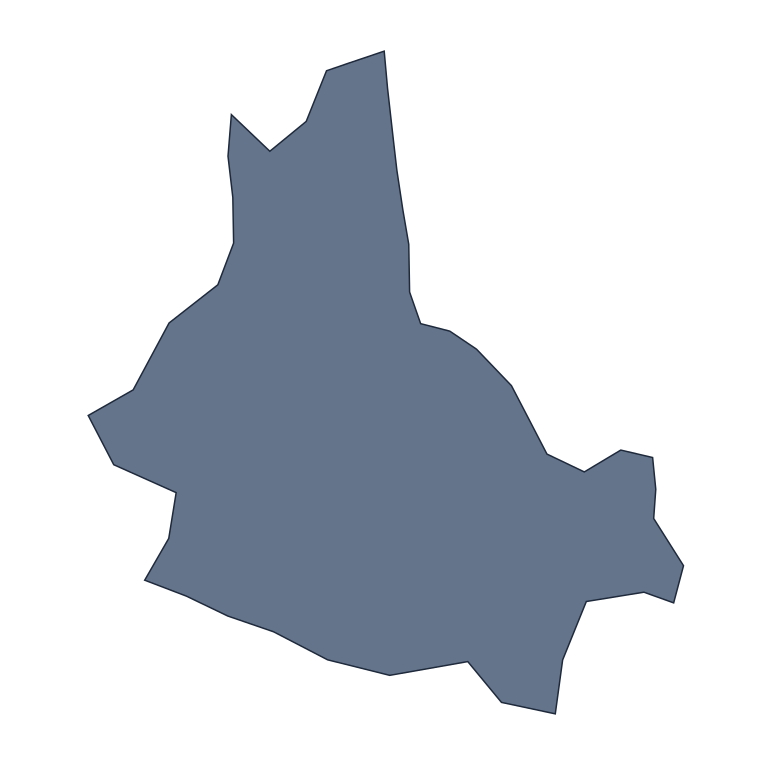 the district of Potami, Nicosia, Cyprus, rotated 179°
{"feature_id": "46923920B72029676304509", "entity_name": "Potami", "entity_type": "district", "adm_level": 2, "iso_a3": "CYP", "parent_name": "Cyprus", "parent_adm1": "Nicosia", "projection": "orthographic", "projection_center": [33.032, 35.095], "detail": "fine", "context": "isolated", "style": "filled", "palette": "slate", "viewbox_px": 768, "rotation_deg": 179, "n_neighbors": 0, "source": "geoboundaries", "source_scale": "gbopen_adm2", "svg_char_len": 742}
<svg xmlns="http://www.w3.org/2000/svg" viewBox="0 0 768 768"><g transform="rotate(179 384 384)"><path d="M680.3,357.7L655.6,308.0L593.7,279.0L601.9,233.4L626.7,192.0L585.4,175.4L544.2,154.7L498.8,138.2L445.2,109.2L383.4,92.6L305.1,105.0L272.1,63.6L218.5,51.2L210.2,105.0L185.5,163.0L127.8,171.3L98.2,160.1L87.7,197.1L116.7,244.8L114.1,274.0L116.7,305.8L148.4,313.8L185.3,292.6L222.3,311.1L240.7,348.2L256.6,380.1L290.9,417.2L317.3,435.7L346.3,443.7L356.8,475.5L356.8,523.2L362.1,557.7L367.4,597.5L370.0,624.0L375.3,679.7L378.0,716.8L413.2,705.6L436.0,698.2L457.2,647.9L494.1,618.7L531.9,656.0L536.0,614.5L531.9,573.1L531.9,527.5L548.4,486.1L597.8,448.8L634.9,382.5L680.3,357.7Z" fill="#64748b" stroke="#1e293b" stroke-width="1.5"/></g></svg>